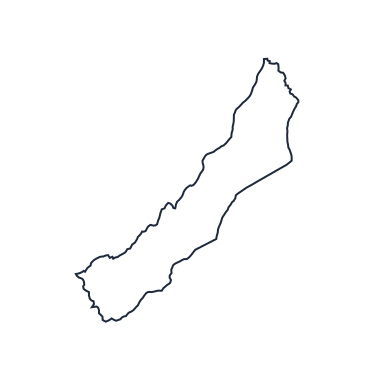 outline of Piquerobi, São Paulo, Brazil, rotated 18°
{"feature_id": "56859067B52261858326650", "entity_name": "Piquerobi", "entity_type": "district", "adm_level": 2, "iso_a3": "BRA", "parent_name": "Brazil", "parent_adm1": "São Paulo", "projection": "equal_earth", "projection_center": [-51.748, -21.844], "detail": "fine", "context": "isolated", "style": "outline", "palette": "slate", "viewbox_px": 384, "rotation_deg": 18, "n_neighbors": 0, "source": "geoboundaries", "source_scale": "gbopen_adm2", "svg_char_len": 3477}
<svg xmlns="http://www.w3.org/2000/svg" viewBox="0 0 384 384"><g transform="rotate(18 192 192)"><path d="M219.3,43.3L220.4,46.5L220.6,49.1L220.4,51.9L219.8,54.7L219.1,56.9L218.4,59.2L218.2,62.2L218.8,64.8L219.2,67.3L218.7,70.2L217.7,73.8L217.8,76.6L217.8,79.9L217.4,82.5L216.5,84.8L215.2,87.5L214.2,89.3L212.9,91.2L211.7,93.8L210.6,96.3L209.2,98.6L208.3,100.4L208.3,102.6L208.0,105.7L209.1,109.2L209.9,112.1L210.3,114.6L210.5,117.3L211.4,120.1L211.5,123.9L212.4,127.5L211.0,130.6L209.4,134.9L207.7,137.9L205.9,139.4L204.5,141.5L203.1,143.0L201.6,144.9L200.1,147.2L197.4,149.3L195.0,151.1L193.8,152.7L193.2,154.7L192.8,156.8L192.3,158.9L193.2,161.2L194.5,163.0L195.4,165.0L195.7,167.3L195.0,169.5L194.3,171.7L193.9,174.4L193.6,177.5L192.7,181.3L191.4,184.6L189.8,186.2L188.3,186.2L186.5,188.4L185.4,190.1L184.6,192.3L184.1,194.4L184.1,197.3L183.6,200.0L182.3,203.3L180.9,205.8L180.6,208.6L181.1,212.7L179.3,213.0L177.6,211.0L175.0,209.7L172.7,209.7L171.3,212.8L170.9,216.1L168.6,217.8L168.5,221.9L168.9,227.0L168.6,229.8L168.8,233.4L167.5,235.1L165.6,235.9L162.6,236.1L160.9,238.5L160.4,240.6L160.0,243.3L158.4,244.7L156.8,245.0L156.2,248.0L154.4,251.5L154.3,253.9L153.3,257.9L151.3,260.6L150.7,264.8L148.1,266.4L147.5,269.3L146.4,271.1L144.0,273.5L142.6,275.0L141.5,276.7L139.3,278.0L137.7,279.8L136.4,278.2L134.1,280.0L131.8,278.0L129.6,279.0L127.5,280.8L125.8,281.4L124.2,282.4L121.8,284.7L119.9,286.9L118.8,288.9L117.9,291.1L118.3,293.3L116.9,295.1L116.0,296.7L115.4,298.8L114.9,300.9L113.4,300.5L112.3,302.0L110.7,303.5L108.8,304.9L106.9,305.8L108.4,307.3L110.9,308.3L112.8,308.3L114.8,308.6L116.3,309.9L117.4,311.6L118.2,313.4L117.6,315.4L119.0,317.7L121.5,318.5L123.0,318.8L124.9,319.0L126.0,322.3L127.8,325.0L130.0,326.3L132.1,326.3L133.4,328.9L132.4,332.5L134.2,331.6L136.7,330.4L138.4,331.0L139.6,332.4L140.4,334.1L141.0,336.1L142.7,336.8L145.3,338.1L146.6,341.3L150.0,342.0L152.2,340.1L153.6,338.6L154.6,337.1L156.8,337.6L159.6,337.9L161.3,336.6L163.2,335.2L164.0,333.2L165.5,331.5L167.5,330.4L168.2,328.4L169.1,326.4L171.0,324.7L172.7,322.6L173.7,320.5L174.5,318.5L175.6,316.5L175.9,313.9L176.3,311.9L176.9,309.9L177.8,308.2L178.6,305.3L179.7,302.3L180.9,300.9L182.5,300.1L184.4,299.7L186.3,298.7L188.7,297.2L190.7,296.1L192.2,295.7L193.7,295.3L194.6,292.1L196.1,289.8L197.1,288.0L198.4,286.6L199.3,284.9L199.2,282.2L197.2,280.4L196.6,278.3L197.6,275.4L196.3,272.3L196.6,269.7L196.7,267.5L198.0,265.4L200.0,263.5L201.7,262.0L203.3,260.1L205.2,258.3L207.7,257.4L209.3,255.3L210.6,252.5L212.9,246.0L229.6,229.2L229.2,227.0L229.1,224.9L229.0,222.6L228.3,219.6L228.4,216.6L228.8,212.8L228.8,209.8L228.7,207.3L229.2,205.1L229.8,203.1L230.4,200.6L231.4,198.1L231.5,195.2L232.7,192.0L233.3,189.2L234.4,187.6L235.1,184.6L234.7,181.6L236.0,179.5L242.6,170.9L246.6,166.7L248.2,164.9L249.4,163.5L253.8,158.6L263.9,147.5L265.6,145.6L273.6,136.8L277.1,131.5L276.3,128.8L275.4,126.7L274.3,125.0L271.8,121.7L269.9,119.9L268.7,117.3L267.2,114.7L266.3,112.2L265.4,109.9L264.6,107.4L264.0,104.7L262.7,101.9L262.5,98.9L261.8,96.5L261.9,92.5L263.0,89.6L263.2,85.9L263.7,81.5L264.5,78.5L264.5,75.9L265.4,73.7L264.7,71.8L263.3,70.9L261.5,69.9L259.6,69.6L257.4,68.0L255.0,67.9L253.8,66.3L254.3,63.9L251.6,63.4L250.2,61.2L248.0,61.7L247.3,59.4L245.5,57.7L245.9,55.1L244.8,53.1L243.5,51.8L241.8,50.4L239.4,50.9L236.7,49.9L235.8,46.7L234.5,43.8L232.5,43.3L231.0,44.5L228.3,45.2L225.9,45.5L225.5,43.5L223.3,43.6L222.4,42.0L219.3,43.3Z" fill="none" stroke="#1e293b" stroke-width="2"/></g></svg>